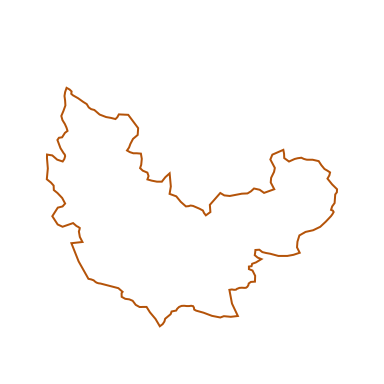 outline of North Chungcheong, rotated 256°
{"feature_id": "KOR-2494", "entity_name": "North Chungcheong", "entity_type": "Province", "adm_level": 1, "iso_a3": "KOR", "parent_name": "South Korea", "parent_adm1": "", "projection": "mercator", "projection_center": [127.84, 36.597], "detail": "fine", "context": "isolated", "style": "outline", "palette": "amber", "viewbox_px": 384, "rotation_deg": 256, "n_neighbors": 0, "source": "natural_earth", "source_scale": "10m", "svg_char_len": 2842}
<svg xmlns="http://www.w3.org/2000/svg" viewBox="0 0 384 384"><g transform="rotate(256 192 192)"><path d="M111.9,100.5L116.5,97.3L125.3,81.1L126.1,79.1L127.2,77.4L128.6,76.2L130.1,75.2L131.6,73.0L132.8,70.5L152.1,65.2L171.5,62.6L170.0,73.6L175.5,72.3L181.1,72.7L182.7,73.7L184.2,74.4L185.6,73.2L186.9,71.7L190.6,69.1L189.6,58.0L193.0,53.8L202.3,50.6L209.3,58.0L209.3,62.9L211.5,66.1L217.6,64.6L223.6,61.2L227.3,58.4L231.7,59.3L235.3,57.4L239.5,54.2L249.7,57.8L260.1,59.5L263.4,60.4L261.3,65.3L256.0,69.0L252.9,73.9L254.9,76.1L257.5,77.6L259.1,77.6L260.8,76.8L266.3,75.0L275.0,74.0L276.8,76.0L276.5,79.2L280.1,83.0L281.4,86.0L284.8,85.8L288.7,85.1L293.1,83.7L297.4,83.6L301.8,86.9L306.6,90.1L311.4,91.0L316.0,91.5L319.7,93.1L323.4,95.5L321.1,98.0L318.7,99.5L316.5,98.6L314.7,99.8L310.5,104.2L305.9,108.1L302.8,111.1L299.0,112.3L296.8,114.2L295.2,117.1L289.5,121.1L285.5,126.8L283.6,131.1L281.3,135.4L282.6,137.6L285.0,139.8L282.3,148.8L267.0,155.2L260.5,153.1L257.8,147.6L253.5,143.8L250.4,141.7L248.0,139.0L245.7,141.4L243.8,144.4L242.9,147.9L241.6,151.7L236.3,151.3L230.7,149.3L227.7,147.4L224.6,149.4L221.6,153.4L218.0,153.7L215.0,151.8L212.8,155.6L210.5,160.5L209.3,165.2L212.8,169.7L215.5,174.8L202.5,172.8L195.6,169.8L191.6,175.7L185.2,178.7L179.5,182.6L179.1,185.3L179.2,187.4L178.2,189.7L174.0,195.2L171.4,198.1L168.7,198.6L166.0,199.8L168.1,205.0L175.2,206.2L184.2,219.2L180.9,222.5L179.0,227.7L178.3,240.0L177.2,245.5L178.4,249.4L180.4,253.0L177.8,258.2L173.7,261.7L174.8,272.5L182.2,270.7L186.6,272.2L191.7,276.5L195.3,278.2L204.6,275.9L208.8,279.0L210.8,290.8L206.9,290.6L202.6,289.7L198.1,293.5L199.2,299.6L199.2,302.7L198.8,306.4L197.0,308.6L195.6,311.1L194.1,316.9L191.3,322.4L186.7,324.0L182.3,326.1L179.9,328.6L177.6,330.7L174.9,329.3L172.2,326.7L165.5,329.8L159.6,333.4L156.7,332.5L155.0,330.4L146.8,327.7L144.1,324.5L141.0,322.6L139.8,324.2L138.3,324.6L136.6,323.0L135.0,321.1L130.9,314.7L127.2,308.0L125.6,300.3L125.8,292.5L123.9,285.7L118.3,282.3L112.9,280.5L107.0,281.8L106.5,275.3L106.9,269.1L109.1,260.3L113.2,252.9L114.9,249.1L116.7,245.7L119.7,243.4L120.4,239.5L118.1,238.7L115.5,237.6L112.5,239.8L110.1,243.1L108.2,237.0L107.8,233.0L105.6,231.8L105.9,229.2L103.4,228.6L101.2,231.7L95.4,233.0L89.8,231.4L90.5,227.4L89.5,224.9L87.9,224.1L86.6,222.7L86.0,221.1L86.4,219.3L87.1,217.1L87.5,214.7L87.3,213.6L87.2,212.4L86.6,211.0L86.9,209.2L87.8,207.1L88.0,204.6L74.1,203.8L60.6,206.5L61.5,199.5L63.8,192.9L63.4,189.1L67.0,181.4L72.1,174.0L75.9,167.3L77.4,165.7L79.2,165.9L80.9,165.5L81.8,163.7L82.0,161.8L82.6,159.3L83.5,156.9L84.0,154.3L83.6,151.7L82.3,149.4L80.8,148.0L81.0,143.3L78.6,141.7L75.5,135.3L73.0,133.9L70.9,131.6L69.5,128.3L77.6,125.9L85.4,122.1L91.5,120.1L93.1,113.3L96.1,110.1L100.8,108.1L103.0,105.2L104.5,101.4L107.3,98.4L110.9,99.2L111.9,100.5Z" fill="none" stroke="#b45309" stroke-width="2"/></g></svg>